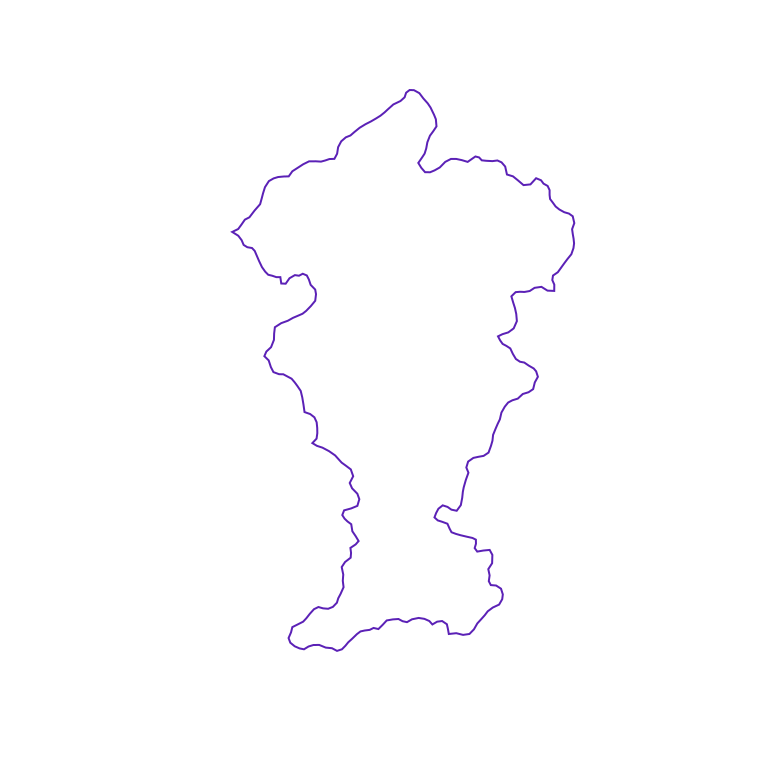 Felisburgo, Minas Gerais, Brazil (Robinson projection), rotated 28°
{"feature_id": "56859067B92479640908697", "entity_name": "Felisburgo", "entity_type": "district", "adm_level": 2, "iso_a3": "BRA", "parent_name": "Brazil", "parent_adm1": "Minas Gerais", "projection": "robinson", "projection_center": [-40.724, -16.662], "detail": "fine", "context": "isolated", "style": "outline", "palette": "violet", "viewbox_px": 768, "rotation_deg": 28, "n_neighbors": 0, "source": "geoboundaries", "source_scale": "gbopen_adm2", "svg_char_len": 4365}
<svg xmlns="http://www.w3.org/2000/svg" viewBox="0 0 768 768"><g transform="rotate(28 384 384)"><path d="M576.8,564.6L578.6,558.4L578.8,551.6L580.2,546.2L581.5,540.9L582.3,536.0L585.0,530.3L589.2,524.7L589.4,518.5L587.7,514.0L583.4,509.8L577.6,509.3L572.7,511.4L569.1,508.9L567.1,503.4L563.0,498.5L563.6,491.5L559.9,484.0L555.2,480.9L549.9,484.4L545.0,488.2L541.1,486.3L540.2,481.9L538.2,478.3L534.4,478.4L529.0,479.9L522.5,481.6L517.8,482.6L513.2,483.2L509.8,480.9L505.6,477.6L499.8,478.4L495.5,479.2L491.2,478.1L490.6,473.4L490.6,468.6L492.8,463.6L497.8,462.7L502.5,463.3L507.7,461.8L508.7,454.9L506.5,447.8L504.2,442.1L502.9,437.8L501.3,430.3L500.2,422.7L495.9,419.1L494.7,413.0L497.6,407.3L501.5,404.0L505.7,400.7L508.5,395.5L507.5,388.4L506.4,383.2L504.2,377.7L503.5,370.9L503.1,365.9L502.9,360.8L501.1,354.1L501.3,347.3L502.3,342.1L505.0,338.1L509.0,334.1L511.2,327.7L515.5,323.4L518.1,318.5L516.4,311.8L516.5,305.4L512.4,301.4L508.9,300.0L503.1,299.8L497.8,299.2L493.6,300.5L488.7,300.0L483.6,296.9L478.8,293.3L474.1,292.9L469.9,292.9L466.1,291.0L462.3,288.4L465.2,284.4L469.5,280.1L472.4,274.0L471.8,266.1L467.9,260.1L464.0,255.5L459.9,251.5L455.3,246.8L457.1,241.1L460.8,238.7L464.8,236.8L469.0,233.5L471.8,228.4L477.4,224.3L484.5,224.8L490.6,221.9L487.7,216.3L483.8,213.2L482.3,208.9L485.0,203.7L486.0,196.4L486.6,192.1L487.3,187.6L488.5,181.5L487.5,175.1L485.8,170.6L483.1,166.6L480.3,163.0L477.4,159.0L476.5,152.6L471.9,147.3L467.3,146.7L462.5,147.7L456.9,147.6L452.2,146.7L447.9,144.6L443.8,142.7L441.5,139.4L439.2,135.1L435.5,132.3L430.8,132.2L427.0,130.4L421.7,130.9L419.6,139.0L413.8,142.9L406.6,141.3L400.4,140.1L394.2,141.3L388.9,135.1L383.7,133.1L379.2,133.4L375.1,136.3L369.3,139.0L365.3,140.6L361.6,139.3L357.9,140.2L356.0,143.9L353.6,148.6L347.6,149.8L342.0,151.4L337.5,153.8L333.8,159.1L331.6,166.6L328.4,171.6L325.3,175.4L320.8,177.7L315.4,175.6L310.5,172.7L311.3,165.9L311.7,161.5L310.7,156.2L308.8,150.2L308.0,143.2L308.8,137.8L309.4,131.9L305.5,125.9L301.8,122.8L298.5,120.4L295.4,118.1L290.9,115.7L284.7,113.4L278.7,110.6L272.5,110.5L268.6,112.4L266.8,116.4L267.6,121.2L265.7,126.4L261.0,132.8L258.6,139.3L257.0,143.9L254.9,148.8L252.3,153.3L249.2,158.3L245.7,163.3L242.2,169.2L239.5,175.6L237.7,180.3L234.5,184.1L232.3,189.8L232.3,196.4L234.5,202.7L234.5,208.5L230.2,211.0L227.1,214.3L224.0,217.2L219.0,219.5L213.3,222.6L209.5,227.9L206.5,233.3L203.2,239.2L202.4,245.4L198.0,247.9L193.3,251.0L190.0,254.3L187.1,258.9L186.5,266.1L187.7,272.5L188.8,277.1L190.2,283.4L188.3,291.5L186.9,300.0L184.0,304.2L183.3,310.2L182.5,315.6L178.6,321.0L185.7,321.5L190.7,323.8L194.8,327.1L199.1,327.4L203.6,325.9L207.4,327.2L211.5,330.5L216.0,334.1L221.4,338.1L226.4,340.6L230.5,341.9L234.4,340.9L238.7,340.2L242.3,338.3L246.1,343.5L250.1,341.6L250.9,335.0L254.2,329.7L258.1,328.3L260.5,324.8L264.9,324.4L268.6,327.0L272.7,330.9L278.9,332.9L281.8,336.6L284.2,342.8L282.8,349.6L280.9,356.1L279.1,360.2L275.6,364.6L272.6,368.3L269.4,373.3L264.7,378.5L261.0,385.1L263.3,391.0L266.1,396.7L267.0,404.5L264.9,410.6L265.3,415.6L271.1,417.3L276.2,422.2L280.8,425.4L286.8,424.6L290.5,422.7L294.4,422.7L299.9,422.7L304.2,424.4L308.2,426.3L313.7,429.2L318.2,434.3L322.5,439.9L327.0,446.1L332.9,445.2L338.2,446.1L342.5,449.4L345.7,454.2L348.2,458.7L350.1,463.9L348.5,469.8L353.8,470.1L359.5,469.1L367.0,469.1L374.4,470.0L379.6,471.9L383.5,473.3L388.5,474.0L394.8,475.0L400.1,479.9L400.2,487.5L404.8,491.1L412.0,493.4L416.3,497.3L417.7,504.1L413.4,509.3L408.1,514.3L408.7,519.3L412.4,521.4L416.3,522.5L420.9,523.2L425.2,528.9L430.5,531.7L435.3,534.6L434.3,538.9L431.3,544.5L434.2,548.6L436.1,553.0L433.2,559.4L432.6,565.5L437.5,571.4L440.0,577.1L443.7,582.4L444.2,589.7L444.2,594.7L445.1,599.2L443.5,604.8L440.2,608.7L435.5,610.7L430.8,611.7L427.9,615.7L426.4,621.7L425.4,627.3L424.2,631.8L420.4,637.2L417.2,641.7L418.5,646.9L419.0,653.1L422.7,656.4L428.3,657.5L433.6,657.1L437.9,655.8L440.6,651.2L444.2,647.6L449.3,644.8L456.3,644.1L462.1,641.7L467.8,641.7L471.4,638.0L472.8,633.3L473.7,628.8L475.5,623.8L477.5,617.6L479.4,613.5L482.7,610.7L486.8,607.8L489.3,604.3L494.1,603.0L495.9,597.2L497.4,591.5L502.3,587.7L507.1,584.7L511.8,584.7L516.1,583.5L519.2,578.6L524.4,574.3L529.9,572.4L535.3,572.0L539.6,573.6L542.5,568.9L546.6,566.0L552.3,566.6L555.3,570.1L558.6,574.3L564.8,570.1L571.6,568.4L576.8,564.6Z" fill="none" stroke="#5b21b6" stroke-width="2"/></g></svg>